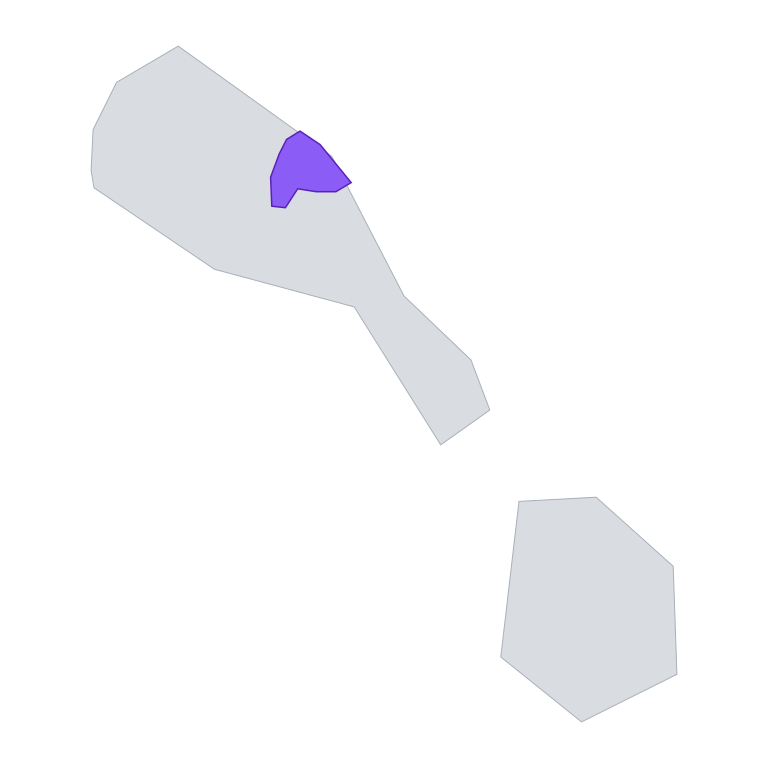 Saint Kitts and Nevis, with Saint Mary Cayon highlighted
{"feature_id": "KNA-5106", "entity_name": "Saint Mary Cayon", "entity_type": "Parish", "adm_level": 1, "iso_a3": "KNA", "parent_name": "Saint Kitts and Nevis", "parent_adm1": "", "projection": "natural_earth1", "projection_center": [-62.73, 17.347], "detail": "fine", "context": "in_parent", "style": "filled", "palette": "violet", "viewbox_px": 768, "rotation_deg": 0, "n_neighbors": 0, "source": "natural_earth", "source_scale": "10m", "svg_char_len": 574}
<svg xmlns="http://www.w3.org/2000/svg" viewBox="0 0 768 768"><path d="M489.8,410.0L440.7,444.8L354.2,306.9L214.5,269.3L94.0,187.8L91.1,170.3L93.1,129.5L116.6,82.3L178.2,46.1L331.9,156.5L404.0,296.0L471.0,360.0L489.8,410.0ZM676.9,674.3L581.5,721.9L500.8,657.0L519.0,501.4L596.1,497.2L673.2,566.3L676.9,674.3Z" fill="#d9dde1" stroke="#a8b0b8" stroke-width="1"/><path d="M300.0,131.1L320.1,144.6L351.2,182.6L335.9,191.7L316.2,191.7L297.7,188.8L285.4,207.7L271.8,206.2L270.6,177.2L279.2,154.0L286.6,139.4L300.0,131.1Z" fill="#8b5cf6" stroke="#5b21b6" stroke-width="1.5"/></svg>